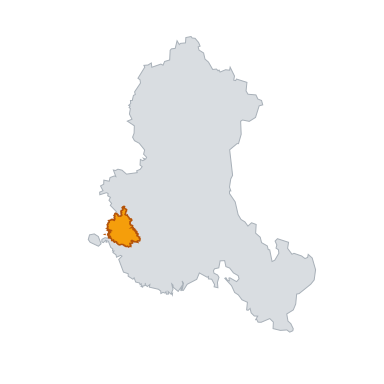 Guangxi on a map of China (Robinson projection), rotated 81°
{"feature_id": "CHN-1152", "entity_name": "Guangxi", "entity_type": "Autonomous Region", "adm_level": 1, "iso_a3": "CHN", "parent_name": "China", "parent_adm1": "", "projection": "robinson", "projection_center": [108.679, 23.706], "detail": "fine", "context": "in_parent", "style": "filled", "palette": "amber", "viewbox_px": 384, "rotation_deg": 81, "n_neighbors": 0, "source": "natural_earth", "source_scale": "10m", "svg_char_len": 9225}
<svg xmlns="http://www.w3.org/2000/svg" viewBox="0 0 384 384"><g transform="rotate(81 192 192)"><path d="M214.3,281.3L207.2,278.3L206.6,275.0L207.8,273.3L202.8,272.4L199.7,269.7L192.4,274.8L190.7,273.2L187.2,275.3L184.5,273.4L182.6,275.8L180.3,275.1L179.3,276.6L180.3,283.5L177.7,283.2L176.8,279.7L171.7,281.4L170.5,278.0L166.5,277.2L168.4,272.1L164.9,270.7L164.0,266.2L164.9,264.8L158.0,266.2L158.8,264.2L157.9,261.6L159.5,257.7L164.1,253.9L164.3,243.1L162.4,243.3L161.5,239.6L159.2,237.3L157.3,239.1L151.8,237.9L153.4,235.7L152.7,233.8L151.1,234.7L152.3,232.6L150.6,231.4L147.1,233.9L143.1,232.2L135.6,236.5L132.3,240.8L128.6,242.1L124.9,240.0L117.6,238.6L111.9,244.8L110.7,239.9L105.2,241.6L99.9,239.8L98.8,240.9L97.4,239.7L96.5,241.0L95.0,238.7L92.0,238.5L92.3,236.7L87.4,234.7L86.9,232.8L84.1,233.0L76.3,225.8L73.0,225.8L71.2,227.6L61.3,219.1L59.4,219.7L59.7,215.6L58.2,212.0L62.5,212.2L60.8,202.7L62.2,200.8L58.8,198.6L58.1,193.4L48.6,191.4L47.4,189.9L47.5,186.1L40.3,183.1L44.4,181.5L43.4,180.2L43.7,175.1L38.5,173.9L38.3,168.6L39.9,167.8L40.7,164.9L45.4,162.1L49.2,161.2L49.6,163.2L52.9,162.9L56.5,158.8L62.7,158.4L66.3,155.4L74.2,152.4L74.4,148.6L76.4,147.3L75.8,146.2L77.9,145.5L76.5,139.7L77.6,135.8L74.7,134.8L84.1,131.9L88.1,133.3L88.8,131.5L87.4,130.4L92.3,120.6L100.6,122.8L104.2,121.4L106.1,113.7L110.5,112.4L112.5,109.0L117.0,108.5L117.4,112.2L128.3,117.6L131.2,124.4L128.8,130.8L129.7,132.9L142.7,134.4L151.5,138.5L151.3,140.0L156.2,148.2L181.9,149.3L185.2,151.7L193.0,154.2L197.0,153.5L196.9,154.8L199.4,155.2L208.5,150.9L221.5,150.0L226.8,147.9L229.8,144.4L234.4,142.1L231.7,138.0L234.1,133.7L242.6,135.6L247.3,131.7L252.9,131.2L257.0,126.1L260.8,125.7L261.3,124.3L273.2,123.8L272.3,120.9L266.1,115.8L262.5,115.7L260.6,117.8L257.6,116.5L253.5,117.6L251.5,114.9L256.8,104.5L262.6,106.4L269.1,103.0L268.5,100.9L272.3,93.8L275.4,90.8L274.7,88.0L271.8,87.0L276.0,83.6L288.1,82.1L298.0,85.1L301.7,89.2L309.1,102.1L309.2,104.6L318.9,107.1L324.3,110.4L327.3,117.5L334.5,117.4L337.5,115.0L342.9,113.4L344.8,114.1L345.7,117.4L343.1,119.9L342.5,126.4L339.6,133.3L333.2,132.0L329.2,135.0L331.5,144.1L330.9,147.1L327.7,148.2L328.4,149.4L324.9,146.5L324.2,149.9L320.6,152.5L316.1,152.8L317.6,155.1L317.0,156.5L309.6,154.5L306.3,159.5L300.9,162.3L297.9,165.6L290.7,167.6L282.4,173.1L282.0,171.9L284.9,170.7L285.6,169.0L282.8,169.0L282.7,168.0L287.5,162.0L285.1,159.1L281.8,159.5L278.4,163.7L273.0,166.7L271.0,170.2L264.9,170.5L264.4,175.0L271.1,177.4L271.4,181.8L273.1,183.1L275.6,183.0L278.0,179.7L280.5,178.7L285.2,181.0L290.6,181.4L289.1,185.0L286.9,184.2L281.2,186.2L280.4,189.4L278.0,188.9L278.6,190.3L273.1,197.4L279.0,201.0L282.4,211.2L287.8,215.9L287.5,217.2L280.8,214.6L278.3,215.7L281.8,215.4L288.0,221.2L283.2,225.4L280.8,225.4L279.5,226.4L285.1,226.0L289.6,228.7L286.6,231.1L289.1,231.1L288.9,233.3L286.4,233.3L287.6,234.5L286.6,236.4L287.4,238.6L284.9,238.4L282.8,240.4L279.3,249.0L276.8,248.1L278.4,250.9L276.2,252.7L274.5,252.3L277.1,253.0L277.2,256.8L274.8,256.5L275.4,257.8L273.7,258.0L272.1,261.7L267.7,262.6L268.9,264.0L265.2,268.2L262.7,267.8L260.4,272.2L247.1,274.9L244.4,271.2L243.4,272.4L244.6,276.7L242.1,276.9L239.4,279.6L238.1,278.3L237.8,279.8L235.9,279.1L234.0,280.9L227.6,282.3L226.2,284.8L228.1,287.5L227.2,288.9L224.7,288.4L223.5,285.0L224.9,281.4L223.0,280.1L220.7,281.8L217.1,278.8L217.2,280.5L214.3,281.3ZM228.9,289.9L230.9,292.9L225.7,300.5L222.7,301.9L218.3,299.9L218.1,295.1L221.3,291.5L228.9,289.9ZM288.0,218.5L286.2,218.1L284.5,216.5L285.9,216.8L288.0,218.5ZM290.6,227.5L289.3,227.8L288.9,227.0L290.6,227.5ZM278.3,255.6L277.6,256.6L277.7,255.3L278.3,255.6ZM226.9,284.4L228.2,283.9L228.1,284.7L226.9,284.4Z" fill="#d9dde1" stroke="#a8b0b8" stroke-width="1"/><path d="M201.8,271.6L201.2,271.5L201.1,270.6L201.6,270.1L201.6,269.7L202.0,269.7L202.0,269.4L202.8,268.6L203.0,268.6L203.4,268.9L203.6,268.9L204.3,268.5L204.5,267.3L204.4,266.8L204.7,266.5L204.4,266.0L204.5,265.8L203.7,265.2L203.7,264.9L203.1,265.1L202.9,265.4L202.5,265.5L201.8,265.2L201.5,264.7L201.1,264.8L200.9,265.3L200.6,265.4L199.8,264.8L199.8,265.1L199.7,265.1L199.2,264.7L199.2,263.6L198.9,263.3L198.7,262.9L198.0,263.0L197.5,262.7L196.8,262.7L196.6,262.9L196.8,263.4L196.5,263.5L195.9,262.8L195.6,262.0L195.5,261.4L195.8,260.9L196.8,261.6L197.1,261.3L197.4,261.2L197.7,260.8L198.3,260.6L198.5,260.0L198.8,259.6L199.1,259.4L199.3,259.3L199.7,259.7L200.3,259.6L200.6,259.7L200.7,260.1L201.0,260.5L201.9,260.6L202.6,261.1L203.0,261.0L203.8,261.6L204.0,261.2L204.6,260.7L204.7,260.4L204.7,260.1L204.5,259.6L205.3,259.4L206.1,259.1L206.8,258.7L207.3,258.2L208.5,258.1L208.7,257.7L209.0,257.8L209.2,257.1L208.9,256.5L209.2,256.2L209.5,256.0L210.0,256.0L210.4,255.8L210.8,256.3L210.8,256.7L211.2,256.9L211.3,257.4L211.6,257.5L211.6,257.9L211.9,257.9L212.4,257.6L212.5,257.3L212.5,257.7L212.7,257.8L212.7,258.0L213.1,257.9L213.3,258.3L213.8,258.4L214.2,258.0L214.8,258.0L215.1,257.8L215.2,257.6L215.2,256.8L216.0,256.1L216.1,255.9L216.7,256.1L217.2,256.5L217.7,257.4L217.7,257.0L217.5,256.7L217.6,256.3L218.0,256.1L217.9,255.8L218.2,255.5L218.6,255.5L218.7,256.0L219.5,255.8L219.9,256.1L220.1,255.9L220.0,255.5L220.1,254.8L219.8,254.9L219.2,255.2L219.2,254.9L219.6,254.4L220.3,254.2L220.6,254.6L220.8,254.2L221.1,254.7L221.4,254.7L221.8,253.8L222.0,253.6L222.0,253.1L222.4,252.7L222.8,252.8L223.1,252.7L223.5,253.1L223.4,253.7L224.0,253.6L224.1,252.9L224.4,252.7L224.8,251.9L225.0,251.8L225.6,252.1L225.4,252.6L225.4,252.8L226.1,252.7L226.6,253.2L226.8,253.0L227.2,252.2L227.5,252.0L227.9,251.9L228.1,251.6L228.3,250.8L229.0,250.9L229.1,251.3L230.0,251.3L230.1,251.2L230.3,250.6L230.7,250.8L232.0,251.2L232.1,251.4L231.7,253.2L232.0,253.8L232.3,253.6L232.8,253.6L233.1,253.5L232.9,253.9L232.9,254.3L232.6,254.7L232.4,254.8L232.3,255.2L232.4,255.6L232.4,256.0L232.2,256.6L232.0,256.8L231.6,257.0L231.5,257.4L231.3,257.5L231.2,258.0L230.6,258.4L230.4,259.1L230.7,259.7L230.9,259.8L231.1,259.7L231.4,259.0L232.1,258.4L232.4,258.6L232.8,258.5L233.0,258.6L232.9,258.9L233.2,259.2L233.0,259.6L233.1,260.0L233.2,260.6L233.0,261.3L233.5,261.6L233.8,261.2L234.0,261.1L234.1,260.8L234.3,260.7L235.0,260.8L235.7,260.7L236.1,260.9L235.7,261.2L235.8,261.5L235.7,261.6L235.7,261.8L236.1,262.1L236.0,262.6L236.4,263.4L235.9,263.9L235.4,264.2L235.6,265.6L235.4,265.9L235.1,266.1L235.0,266.6L234.3,266.6L234.0,267.1L234.1,267.6L233.2,268.1L233.2,268.5L232.8,269.2L232.7,269.7L232.7,270.2L232.8,270.7L232.7,271.0L233.0,271.5L232.8,272.0L232.7,272.0L232.6,272.5L232.2,273.1L231.8,273.4L231.0,273.5L230.9,274.1L230.5,274.1L230.3,274.3L229.8,274.5L229.6,274.6L229.4,274.5L229.3,275.1L229.0,275.2L229.1,275.5L229.1,275.8L229.5,276.2L229.5,276.4L229.0,276.4L228.8,276.7L228.8,277.0L228.6,277.2L228.2,277.0L227.9,277.3L227.5,276.9L227.1,277.0L227.2,277.4L227.2,278.2L227.4,278.5L227.4,278.8L226.5,279.0L225.9,278.8L225.1,279.0L224.8,280.2L224.3,280.5L224.0,280.3L223.9,280.4L223.9,281.0L224.1,281.4L223.9,281.5L223.4,281.2L223.6,280.8L223.6,280.5L223.3,280.7L223.3,280.9L223.2,280.8L223.2,280.4L223.1,280.5L222.9,280.2L223.1,279.8L223.0,279.7L222.6,280.1L222.7,280.3L222.4,280.3L222.8,280.5L223.0,280.8L222.9,281.1L222.8,281.4L222.5,281.5L222.5,281.3L222.2,281.6L221.8,281.6L221.6,281.4L221.5,281.7L221.2,281.7L221.2,281.4L221.1,281.8L220.8,281.8L220.7,281.7L220.7,281.9L220.2,281.7L220.2,281.4L220.7,281.2L220.6,280.7L220.3,280.7L220.2,280.6L220.2,280.4L219.8,280.6L219.5,280.6L219.3,280.2L219.1,280.1L219.2,279.8L219.5,279.6L219.2,279.7L219.2,279.4L219.1,279.5L219.1,279.3L218.8,279.3L218.7,279.3L218.9,279.4L218.9,279.5L219.0,279.5L219.0,279.8L218.9,279.9L218.8,279.7L218.7,279.9L219.0,280.1L218.9,280.4L219.1,280.4L219.1,280.5L218.7,280.4L218.5,280.6L218.3,280.4L218.5,280.4L218.5,280.1L218.3,280.1L218.4,279.8L218.2,280.0L218.0,279.8L218.0,279.7L218.1,279.3L218.0,279.5L217.9,279.3L217.9,279.6L217.9,279.8L217.7,279.8L217.7,279.5L217.6,279.3L217.9,278.9L217.7,278.7L217.6,278.8L217.6,278.5L217.3,278.8L217.2,278.7L217.3,278.9L217.1,278.9L217.1,279.1L217.0,278.5L216.9,278.7L216.9,279.0L217.2,279.5L217.1,279.8L217.0,280.1L217.3,280.0L217.3,279.9L217.3,280.2L217.5,280.1L217.4,280.4L217.2,280.4L217.3,280.5L217.1,280.8L217.1,280.6L217.0,280.9L216.7,280.9L216.7,280.7L216.8,280.8L216.9,280.5L216.7,280.5L217.0,280.2L216.7,280.3L216.8,280.1L216.5,280.2L216.3,280.1L216.3,279.9L216.1,280.2L216.2,280.5L216.2,280.8L216.0,281.0L215.6,281.3L215.8,280.8L215.7,280.5L215.7,280.4L215.6,280.5L215.6,280.4L215.6,280.7L215.4,280.8L214.8,280.9L214.8,281.1L214.4,281.0L214.7,281.2L214.5,281.3L214.9,281.4L214.5,281.5L214.3,281.7L214.4,281.4L213.4,280.4L213.1,280.3L212.7,280.6L211.9,280.6L211.7,280.8L211.5,280.7L211.3,280.4L210.9,280.7L210.5,279.9L209.9,280.0L209.4,279.4L209.0,279.4L208.9,279.1L209.1,278.8L209.1,278.6L208.9,278.6L208.6,278.7L208.3,278.4L207.8,278.3L207.5,278.1L207.2,278.4L207.2,277.6L207.1,277.0L207.2,276.8L207.0,276.2L206.5,276.0L206.5,275.4L206.7,274.4L206.9,274.3L207.1,274.6L207.3,274.5L207.7,273.5L207.9,273.3L207.9,273.2L207.6,273.2L207.2,272.7L206.9,272.8L206.8,272.5L206.3,272.3L206.1,272.6L205.0,272.8L204.8,272.7L204.7,272.2L204.3,272.0L203.6,272.0L203.4,272.3L202.9,272.3L202.8,272.5L202.3,271.8L201.8,271.6ZM220.4,284.3L220.4,284.2L220.6,284.0L220.4,284.3Z" fill="#f59e0b" stroke="#b45309" stroke-width="1.5"/></g></svg>